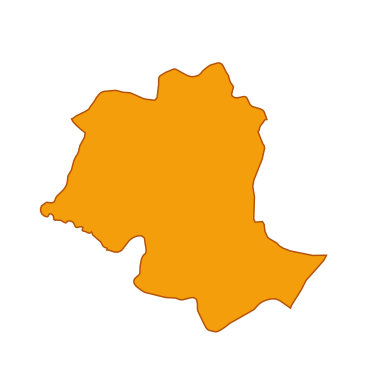 an SVG outline of Potaro-Siparuni, rotated 12°
{"feature_id": "GUY-672", "entity_name": "Potaro-Siparuni", "entity_type": "Region", "adm_level": 1, "iso_a3": "GUY", "parent_name": "Guyana", "parent_adm1": "", "projection": "mercator", "projection_center": [-59.388, 4.854], "detail": "fine", "context": "isolated", "style": "filled", "palette": "amber", "viewbox_px": 384, "rotation_deg": 12, "n_neighbors": 0, "source": "natural_earth", "source_scale": "10m", "svg_char_len": 3367}
<svg xmlns="http://www.w3.org/2000/svg" viewBox="0 0 384 384"><g transform="rotate(12 192 192)"><path d="M55.4,246.4L54.0,246.4L52.2,246.0L49.8,244.7L48.0,242.4L47.3,239.6L47.8,236.7L51.9,232.3L53.2,232.1L56.3,232.0L57.7,231.5L59.2,230.2L59.7,228.7L59.8,227.1L60.2,225.4L61.0,223.6L65.4,217.2L66.7,214.7L67.6,212.0L68.0,209.0L67.3,202.3L69.5,195.5L69.9,186.2L70.9,181.7L72.1,178.9L72.6,176.0L72.7,170.1L75.5,160.7L75.2,156.3L70.9,154.2L64.2,150.3L61.0,147.9L59.0,145.6L60.3,144.6L63.3,141.3L70.5,135.7L72.7,133.7L74.0,132.1L74.6,130.0L77.4,124.1L78.9,119.5L80.7,115.9L82.0,114.0L83.5,112.7L85.2,111.8L95.3,108.7L96.3,108.5L97.4,108.4L104.1,108.8L109.0,108.0L111.4,107.9L125.4,110.8L127.8,110.8L136.6,110.0L138.2,107.1L137.1,94.3L135.9,88.5L135.9,86.8L136.4,85.4L137.3,84.3L141.6,80.3L148.2,75.8L149.1,75.4L149.7,75.3L150.7,75.3L162.1,78.8L164.5,79.2L166.7,79.3L167.8,79.2L169.2,78.9L170.9,78.3L173.5,76.9L174.8,75.7L175.7,74.5L177.7,70.7L180.6,67.1L182.4,65.2L183.9,63.9L189.5,60.8L190.7,60.4L192.2,60.1L193.4,60.3L194.6,60.8L195.7,61.7L196.7,62.8L200.0,67.1L202.9,70.0L203.6,71.0L205.9,75.4L206.7,76.5L207.7,77.6L209.7,79.4L210.5,80.4L210.7,81.5L210.4,87.4L210.5,88.5L211.2,89.5L212.4,90.3L214.5,90.8L215.9,90.7L217.2,90.3L222.9,87.8L224.4,87.8L225.6,88.1L226.3,88.8L230.4,94.1L231.5,95.0L232.6,95.6L233.8,95.9L240.7,96.4L242.3,96.7L243.5,97.0L244.6,97.5L245.5,98.2L246.3,99.2L250.2,105.5L248.0,106.5L246.9,109.7L245.5,112.2L245.0,113.7L244.8,115.4L244.9,116.8L244.7,118.1L244.0,119.2L251.2,130.1L253.0,131.8L253.9,134.2L253.8,145.4L250.0,167.6L250.3,174.0L254.1,183.8L258.0,205.7L260.1,208.4L267.1,206.3L269.3,208.7L271.5,215.2L275.2,220.4L277.4,221.6L278.1,221.9L284.8,224.0L286.4,224.9L287.4,225.7L289.6,226.9L292.8,228.0L300.0,229.2L323.1,229.0L334.4,226.4L336.7,226.0L335.0,231.8L321.9,254.8L319.2,265.0L313.0,281.8L312.5,285.1L305.3,282.0L300.7,280.1L298.2,279.5L297.0,279.3L295.8,279.3L293.3,279.7L292.0,280.0L288.2,281.7L285.0,283.7L282.8,285.5L280.4,288.3L277.4,293.5L276.5,294.6L255.9,312.9L253.1,316.5L248.8,320.9L246.4,322.8L245.4,323.4L244.7,323.7L243.0,323.9L237.9,323.8L235.8,323.2L234.7,322.4L233.3,321.2L222.8,307.7L221.9,306.0L221.4,304.4L220.6,300.5L219.1,297.0L218.6,296.3L217.9,295.6L216.7,295.2L215.8,295.1L214.8,295.1L213.8,295.4L212.7,295.7L205.8,299.1L204.7,299.5L203.6,299.8L202.6,299.8L199.3,299.3L197.1,299.2L188.1,300.7L167.2,300.0L165.0,299.4L162.7,298.6L157.7,296.2L156.5,295.4L155.3,294.4L154.2,293.0L153.7,291.5L153.6,290.1L154.4,288.1L155.3,286.7L157.1,284.5L157.8,283.2L157.8,281.7L156.7,275.2L156.5,268.6L157.0,265.6L157.9,263.5L158.8,262.4L159.4,261.3L159.4,259.4L158.8,256.9L156.7,251.7L155.9,249.2L154.7,246.6L151.3,245.3L148.1,246.3L146.9,246.8L145.7,247.5L144.5,248.4L143.2,249.5L141.6,251.4L140.6,252.7L135.7,262.9L135.0,263.9L134.0,264.9L132.8,265.7L131.3,266.4L128.2,266.8L122.6,266.2L120.7,266.5L120.8,265.1L120.2,264.5L118.5,264.4L116.7,263.8L115.3,262.5L114.2,261.0L112.9,259.7L104.0,254.7L101.9,252.0L100.7,253.4L99.3,253.7L96.1,252.9L95.3,252.8L93.7,252.8L93.0,252.6L92.4,251.6L92.8,249.7L92.2,249.1L90.2,249.1L87.2,250.5L85.8,250.7L84.9,249.9L82.7,247.0L81.4,246.1L79.8,245.8L78.1,245.7L76.5,246.2L75.9,247.4L75.0,248.5L73.1,248.2L69.5,246.9L66.5,247.4L64.1,248.0L62.5,247.6L61.6,244.8L60.8,243.7L59.1,242.8L57.5,242.7L56.7,244.0L56.3,245.7L55.4,246.4Z" fill="#f59e0b" stroke="#b45309" stroke-width="1.5"/></g></svg>